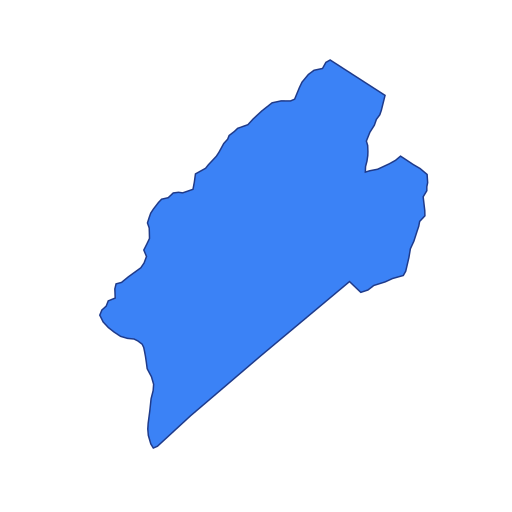 Centenário do Sul, Paraná, Brazil, rotated 230°
{"feature_id": "56859067B19755192038958", "entity_name": "Centenário do Sul", "entity_type": "district", "adm_level": 2, "iso_a3": "BRA", "parent_name": "Brazil", "parent_adm1": "Paraná", "projection": "natural_earth1", "projection_center": [-51.549, -22.794], "detail": "fine", "context": "isolated", "style": "filled", "palette": "blue", "viewbox_px": 512, "rotation_deg": 230, "n_neighbors": 0, "source": "geoboundaries", "source_scale": "gbopen_adm2", "svg_char_len": 1642}
<svg xmlns="http://www.w3.org/2000/svg" viewBox="0 0 512 512"><g transform="rotate(230 256 256)"><path d="M174.9,53.9L173.6,58.2L175.7,103.3L176.1,152.5L176.5,195.5L176.3,311.2L160.8,312.9L158.0,319.9L157.7,327.3L153.1,338.4L151.0,346.1L146.4,356.3L148.1,360.9L156.5,372.1L162.3,378.9L165.9,386.5L171.5,395.4L174.2,399.8L177.3,403.6L178.2,411.2L182.2,414.4L193.9,422.1L196.2,428.8L199.3,431.4L201.8,434.6L208.5,439.5L217.6,437.9L225.1,435.2L235.7,432.1L239.6,430.9L239.6,424.4L241.0,417.2L244.3,404.9L248.2,397.9L250.0,393.7L254.1,397.4L257.3,401.9L261.0,406.1L264.0,408.8L268.9,412.6L273.1,414.4L277.6,422.8L280.1,430.7L283.3,436.1L284.6,441.6L287.0,445.6L296.1,458.1L358.5,438.8L359.4,434.0L356.9,427.5L361.0,419.8L361.4,412.8L359.6,403.0L357.1,397.5L351.3,386.4L352.6,382.1L358.7,374.9L363.0,366.8L363.4,353.9L362.8,341.9L361.8,334.2L365.6,324.0L365.3,319.4L365.6,312.9L363.7,309.4L362.9,303.6L359.3,294.4L357.9,289.8L356.5,278.2L355.6,273.8L357.8,262.4L352.1,256.1L347.6,250.6L351.5,240.4L354.6,237.6L357.5,233.1L357.1,226.2L360.2,220.2L359.7,215.7L357.9,207.6L356.5,202.9L354.2,199.0L351.1,194.1L346.1,192.2L342.9,189.7L337.9,185.7L335.3,180.0L332.7,173.9L326.0,171.8L322.6,165.8L321.0,160.2L322.1,144.8L322.2,136.0L324.6,130.9L321.5,126.7L314.3,121.1L316.6,114.0L313.9,109.0L313.7,103.2L311.1,98.3L303.7,96.5L296.1,96.9L288.9,98.4L281.5,100.6L275.5,104.6L270.8,109.2L266.9,110.9L261.6,112.1L258.1,111.2L254.4,109.2L250.3,106.9L245.1,103.7L239.6,100.2L234.5,99.1L230.7,98.3L223.5,95.1L219.0,90.7L214.1,83.9L205.9,75.4L197.2,65.9L193.0,61.9L187.8,58.2L179.6,54.6L174.9,53.9Z" fill="#3b82f6" stroke="#1e3a8a" stroke-width="1.5"/></g></svg>